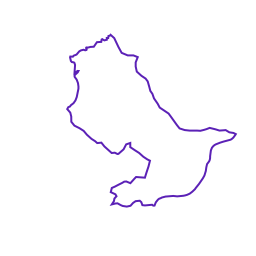 Orang, Hamgyŏng-bukto, North Korea (Equal Earth projection), rotated 222°
{"feature_id": "82179303B20024569416279", "entity_name": "Orang", "entity_type": "district", "adm_level": 2, "iso_a3": "PRK", "parent_name": "North Korea", "parent_adm1": "Hamgyŏng-bukto", "projection": "equal_earth", "projection_center": [129.358, 41.426], "detail": "fine", "context": "isolated", "style": "outline", "palette": "violet", "viewbox_px": 256, "rotation_deg": 222, "n_neighbors": 0, "source": "geoboundaries", "source_scale": "gbopen_adm2", "svg_char_len": 2333}
<svg xmlns="http://www.w3.org/2000/svg" viewBox="0 0 256 256"><g transform="rotate(222 128 128)"><path d="M63.9,184.6L67.4,182.7L68.9,179.7L70.3,177.4L72.4,174.3L75.3,172.0L80.2,167.5L84.5,164.4L89.4,162.2L93.6,162.9L104.1,165.2L107.5,165.9L112.5,165.2L118.1,164.4L122.2,165.9L128.5,167.4L132.7,169.7L136.2,170.5L139.7,172.8L144.5,175.8L148.0,176.5L152.9,175.8L159.2,175.8L163.4,178.8L166.2,181.9L168.2,187.2L172.5,185.6L176.7,181.8L183.0,179.6L189.3,181.8L198.4,185.6L203.3,185.6L203.2,184.6L204.1,183.3L202.9,181.6L204.0,180.7L202.8,179.4L204.2,177.3L205.9,176.9L206.6,176.8L206.8,176.1L205.5,174.1L208.5,171.0L207.8,165.5L210.1,163.2L211.5,161.1L212.8,160.0L212.7,159.4L211.5,159.0L211.1,158.2L211.8,157.1L213.4,156.4L214.9,154.2L215.5,152.3L215.4,148.4L215.4,148.1L216.8,145.3L216.7,144.1L218.7,142.5L218.3,141.7L215.3,139.6L213.9,139.4L212.2,140.5L211.3,140.5L209.5,139.4L204.5,133.0L203.7,136.6L203.0,137.2L202.6,135.7L203.0,132.1L202.7,131.0L201.8,130.3L198.5,129.6L195.2,127.9L192.6,125.7L191.1,124.0L186.8,116.7L185.5,113.3L185.1,110.0L185.7,106.6L185.5,105.2L186.3,103.5L185.8,101.4L181.2,100.8L177.8,98.5L174.3,94.7L169.4,93.9L163.9,95.4L159.0,96.2L154.1,95.5L147.8,95.5L143.6,96.2L140.8,96.2L138.7,98.5L138.0,99.3L133.2,98.5L128.3,98.5L125.5,98.5L123.4,98.5L121.3,100.8L118.5,101.6L117.8,102.4L117.0,109.2L118.4,114.6L116.3,118.4L113.5,115.3L107.9,116.1L103.0,116.9L97.4,116.9L92.6,117.6L89.8,118.4L87.0,113.1L85.0,108.5L83.6,105.4L82.2,102.4L87.1,98.6L89.2,97.0L89.3,94.7L89.3,91.7L89.3,88.6L93.5,87.1L94.9,85.6L95.6,83.3L97.1,79.5L98.5,75.7L99.9,72.6L97.9,68.8L93.0,70.3L90.9,69.6L90.9,66.5L89.5,64.2L88.9,60.4L86.8,63.5L85.4,65.0L81.9,65.8L79.8,66.5L76.3,68.8L74.1,71.9L74.1,75.7L73.4,78.7L70.6,81.8L68.5,81.8L65.7,80.3L63.6,81.8L62.2,83.3L60.1,85.6L58.7,87.1L57.3,87.2L56.4,88.1L57.6,91.4L57.8,94.8L57.5,96.4L56.8,97.6L56.3,99.0L54.2,102.2L48.9,107.8L45.7,110.1L41.5,114.7L40.4,116.2L39.4,117.8L38.2,120.5L37.6,123.7L37.3,127.3L37.5,128.7L37.8,134.0L38.7,140.7L39.4,143.8L41.4,148.1L43.5,151.2L45.1,154.1L45.4,157.5L45.9,159.0L46.8,160.5L48.1,162.0L51.4,166.8L52.4,169.5L52.5,171.3L52.3,173.1L51.8,174.6L49.7,178.8L48.0,181.7L43.9,188.0L43.5,189.5L43.3,191.3L43.6,194.6L43.8,195.6L46.3,194.9L49.8,192.6L54.0,191.8L55.4,190.3L58.3,187.3L61.8,185.7L63.9,184.6Z" fill="none" stroke="#5b21b6" stroke-width="2"/></g></svg>